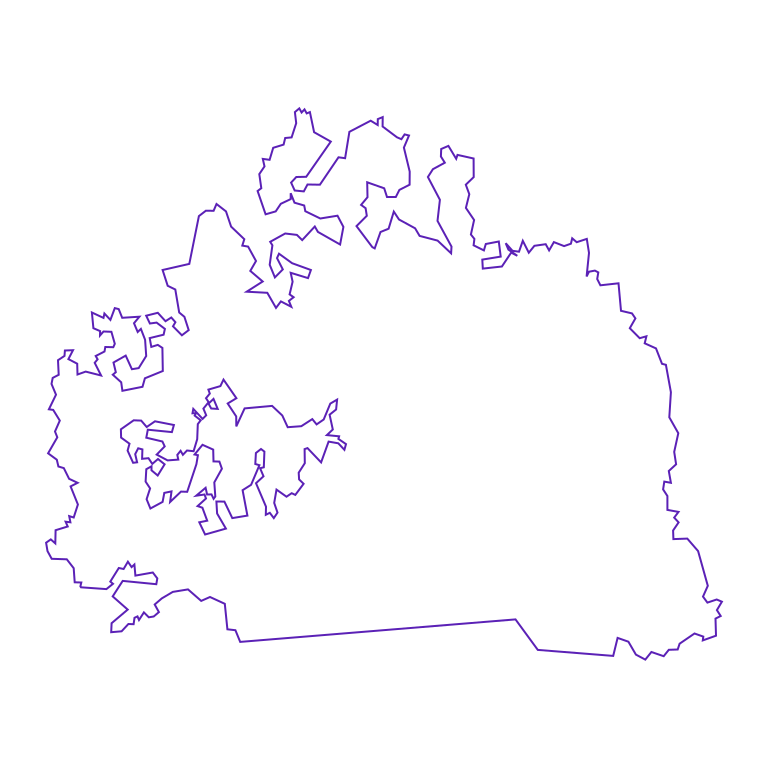 the district of Cañazas, Veraguas, Panama
{"feature_id": "35544464B38467816512648", "entity_name": "Cañazas", "entity_type": "district", "adm_level": 2, "iso_a3": "PAN", "parent_name": "Panama", "parent_adm1": "Veraguas", "projection": "natural_earth1", "projection_center": [-81.335, 8.382], "detail": "fine", "context": "isolated", "style": "outline", "palette": "violet", "viewbox_px": 768, "rotation_deg": 0, "n_neighbors": 0, "source": "geoboundaries", "source_scale": "gbopen_adm2", "svg_char_len": 6080}
<svg xmlns="http://www.w3.org/2000/svg" viewBox="0 0 768 768"><path d="M64.5,355.9L58.0,360.2L58.7,374.8L52.7,377.9L51.5,383.9L56.0,394.7L48.9,409.3L53.2,409.9L59.8,420.6L55.0,431.5L57.3,437.3L48.1,453.3L56.8,459.7L58.4,466.5L63.8,468.1L69.1,478.8L77.6,482.8L70.6,486.4L77.9,504.5L73.7,517.5L69.2,516.1L70.4,522.3L65.6,521.7L67.7,526.5L55.6,530.2L55.3,543.4L50.8,539.4L46.1,542.7L47.5,551.1L51.7,558.8L66.8,559.3L73.7,568.2L74.7,582.3L81.3,582.5L80.4,586.3L81.0,587.3L106.4,589.1L113.0,583.8L110.3,581.6L118.8,568.0L123.6,569.0L127.9,561.7L131.6,567.1L134.4,564.5L135.4,575.6L152.8,572.5L157.3,578.4L156.3,584.2L122.7,580.9L112.7,596.4L127.7,609.6L111.6,623.2L111.2,632.2L121.6,631.3L128.4,624.0L133.6,624.2L134.5,617.8L137.5,616.4L139.0,620.0L143.9,612.4L148.8,617.3L153.7,616.5L158.9,612.1L154.7,604.5L161.8,598.4L172.8,591.9L188.0,589.4L201.2,600.9L210.0,597.0L224.8,603.8L227.4,629.3L235.4,630.2L240.2,641.9L515.5,619.4L537.8,649.9L613.2,655.9L617.6,637.9L628.4,641.7L635.9,654.6L645.3,659.6L651.4,652.0L663.7,656.2L668.8,649.8L677.7,649.5L679.6,643.7L694.5,633.5L703.3,636.6L702.8,640.4L716.0,635.7L715.5,618.6L720.7,616.0L716.9,610.1L721.9,601.7L716.7,599.5L707.4,602.6L703.0,596.6L707.8,585.8L698.1,551.1L687.3,538.6L673.4,539.1L673.1,530.5L678.6,522.4L674.2,517.6L678.5,511.9L667.4,509.9L667.4,496.0L663.1,489.4L664.3,481.6L670.9,482.8L668.8,471.0L676.1,464.3L674.2,451.9L678.3,433.2L669.3,417.3L670.9,392.2L665.9,364.8L662.0,363.8L656.0,348.4L644.7,343.3L646.4,336.3L639.7,338.2L629.8,328.2L635.4,318.4L632.0,313.4L621.0,310.8L618.5,283.3L600.4,285.3L597.2,279.0L598.3,272.4L594.9,270.6L589.0,271.7L586.6,276.5L589.0,252.9L586.8,238.9L576.7,242.2L572.2,238.3L570.9,243.7L564.1,246.1L553.9,242.1L549.1,250.4L545.7,244.2L534.4,245.8L528.8,252.7L522.8,240.8L519.0,251.7L512.5,250.8L505.7,243.2L508.4,249.6L517.3,255.8L511.2,252.6L501.9,266.5L482.8,268.6L482.3,259.6L500.7,256.6L498.8,241.5L485.8,244.0L483.9,250.4L473.6,245.3L474.4,238.9L470.9,234.5L474.1,220.0L465.9,207.9L469.3,194.2L465.8,184.7L473.7,177.1L473.6,158.5L457.5,154.9L456.2,158.8L448.4,145.9L441.2,149.0L440.9,156.5L444.8,162.7L432.9,169.2L427.9,177.0L439.9,199.8L437.5,220.9L451.5,246.6L451.1,253.3L437.6,240.6L419.6,235.9L415.1,228.3L399.0,219.5L393.8,211.6L388.6,228.7L380.5,232.0L374.7,248.4L372.3,247.1L356.5,226.1L366.8,215.8L365.6,208.2L361.1,204.9L367.5,197.2L367.2,182.3L384.2,188.3L387.0,197.0L395.8,197.0L399.4,189.9L409.6,184.7L409.7,171.6L403.9,147.6L409.0,135.5L404.6,134.4L401.4,139.2L397.0,137.3L382.6,126.5L382.7,117.1L377.8,119.1L377.7,125.0L370.7,120.7L349.4,131.8L345.1,158.2L338.5,157.3L319.9,184.7L307.5,184.5L303.8,191.4L294.7,190.5L291.1,182.6L296.3,177.0L306.2,176.8L330.8,141.6L314.1,132.2L309.9,112.1L306.7,113.4L304.5,109.4L301.6,112.5L299.3,108.4L294.9,112.1L296.2,123.2L291.6,137.4L285.2,138.0L283.6,144.6L273.2,147.8L269.6,159.8L262.8,158.9L264.5,166.4L259.3,174.1L261.3,188.2L257.6,191.0L265.6,214.3L275.7,211.4L280.8,203.8L290.7,199.1L290.7,193.2L294.5,202.7L304.2,205.5L305.3,211.2L320.3,218.5L337.5,215.7L343.4,226.9L340.1,244.5L317.9,231.9L314.8,226.5L302.2,240.1L296.9,234.9L285.2,233.5L270.2,241.8L272.4,245.3L269.7,264.8L274.9,277.4L282.8,269.4L277.0,258.1L279.0,253.7L292.1,263.2L310.9,270.0L308.0,278.1L290.7,272.8L292.6,281.7L289.6,294.4L293.6,297.2L288.9,300.9L291.3,306.8L280.9,301.4L276.0,307.9L267.3,292.8L246.7,291.7L262.7,281.5L250.3,270.9L256.0,261.0L248.1,246.6L242.3,245.6L244.3,239.2L231.1,226.6L226.0,211.4L216.5,204.0L213.6,210.8L205.9,210.7L198.9,216.1L189.3,263.9L162.6,270.0L167.7,285.8L175.3,289.5L179.2,312.5L184.4,316.8L188.7,330.1L181.9,335.3L173.0,326.3L175.4,322.2L171.3,317.5L165.5,321.2L157.8,312.8L146.2,315.7L149.9,323.5L156.6,322.6L164.9,328.9L163.6,334.7L149.7,338.1L151.3,346.9L157.8,344.9L162.4,347.9L162.8,371.0L144.9,378.3L142.5,386.8L122.4,390.8L121.2,382.3L112.8,374.7L115.8,372.2L113.5,362.5L125.7,355.6L131.9,369.2L138.7,368.1L146.2,356.0L145.1,339.8L140.9,328.9L137.7,332.0L134.0,323.2L139.4,316.7L122.2,317.8L118.7,309.1L114.8,308.1L110.4,319.9L104.4,313.5L103.5,317.9L91.9,312.5L93.4,328.2L100.1,331.1L100.0,335.5L103.5,331.5L111.4,331.8L114.8,343.8L113.3,347.2L105.3,347.0L104.5,351.5L95.7,356.0L97.6,359.3L94.7,362.8L101.1,375.5L85.7,371.6L77.5,374.5L77.2,363.7L68.4,359.1L73.0,350.2L64.9,350.5L64.5,355.9ZM205.1,534.5L199.3,522.3L207.2,520.7L202.4,507.7L197.6,506.1L206.0,498.5L204.5,494.5L196.2,495.7L205.6,487.8L207.1,494.5L211.5,494.4L213.6,498.8L215.3,496.5L214.3,482.4L221.9,468.7L219.4,461.6L213.5,461.4L213.2,449.6L202.5,444.8L194.6,454.5L197.9,455.2L196.4,464.2L187.2,491.8L181.0,491.6L170.1,502.0L171.5,491.4L164.3,492.9L162.6,501.9L150.4,508.5L146.6,499.2L150.1,488.4L145.6,481.6L146.3,469.2L151.5,466.3L151.5,470.3L157.7,475.5L164.6,464.3L158.0,459.0L152.3,463.9L148.5,458.2L142.1,458.8L142.4,449.4L138.2,448.3L135.2,454.1L137.1,462.3L133.1,462.8L127.6,450.6L129.5,443.7L121.1,437.6L120.9,429.3L133.7,420.3L141.2,420.6L146.7,427.0L155.0,421.3L173.9,425.0L171.9,432.1L147.8,429.7L146.3,437.7L162.4,441.5L164.7,446.4L156.7,454.6L167.6,460.4L178.3,459.6L177.3,454.9L180.6,450.8L182.9,454.8L187.0,450.5L193.6,451.2L197.2,439.2L197.8,424.1L200.7,420.3L194.7,415.6L196.0,413.2L192.5,413.3L193.3,408.9L202.6,418.9L206.2,415.3L203.4,408.6L208.1,402.8L211.2,408.5L217.7,408.9L213.5,398.9L209.2,403.0L206.0,398.2L209.8,393.6L208.4,389.6L220.4,386.1L223.5,379.6L236.4,398.2L227.7,403.5L236.2,416.4L236.3,426.4L244.6,408.4L272.1,405.9L282.3,415.5L287.7,427.2L301.3,426.2L312.3,419.1L316.6,424.4L323.7,419.5L330.3,403.6L337.1,399.6L336.1,409.5L329.6,414.7L332.8,429.5L326.9,435.1L339.1,436.3L338.4,438.9L346.0,444.1L344.4,449.8L338.3,443.3L328.6,441.6L321.1,462.4L307.5,448.1L304.6,449.1L304.8,463.2L298.7,472.7L299.1,479.4L303.6,483.8L295.3,494.9L291.7,493.2L286.5,496.7L276.5,489.6L274.2,502.9L277.5,512.6L273.8,518.1L269.8,512.8L265.8,514.8L266.0,506.7L256.0,483.2L263.5,476.3L260.1,468.2L263.8,467.3L264.4,451.6L261.0,449.0L255.9,453.0L255.3,464.0L259.4,465.2L251.1,484.8L242.6,490.2L247.4,515.6L232.3,518.1L224.4,501.6L216.4,501.5L217.1,513.5L225.9,528.6L205.1,534.5Z" fill="none" stroke="#5b21b6" stroke-width="2"/></svg>